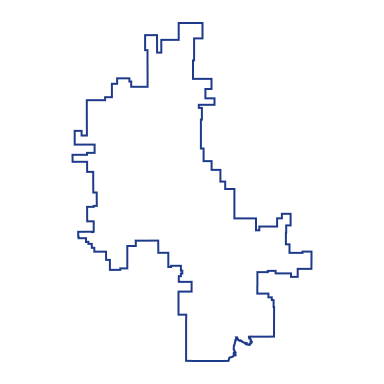 the district of Yalgoo, Western Australia, Australia
{"feature_id": "25037944B40013954886351", "entity_name": "Yalgoo", "entity_type": "district", "adm_level": 2, "iso_a3": "AUS", "parent_name": "Australia", "parent_adm1": "Western Australia", "projection": "natural_earth1", "projection_center": [117.321, -28.488], "detail": "fine", "context": "isolated", "style": "outline", "palette": "blue", "viewbox_px": 384, "rotation_deg": 0, "n_neighbors": 0, "source": "geoboundaries", "source_scale": "gbopen_adm2", "svg_char_len": 5664}
<svg xmlns="http://www.w3.org/2000/svg" viewBox="0 0 384 384"><path d="M202.5,34.7L202.5,23.0L178.7,23.0L178.7,39.9L161.3,39.9L161.3,52.6L157.1,52.6L157.0,35.1L145.1,35.1L145.1,50.1L147.5,50.1L147.5,52.3L147.5,52.7L147.5,56.7L147.6,81.5L147.6,86.8L147.1,86.8L137.3,86.8L131.2,86.8L131.2,81.5L129.4,81.5L129.4,78.3L123.1,78.3L117.1,78.3L117.1,83.8L111.9,83.8L111.9,87.1L111.9,97.2L105.1,97.2L105.1,100.2L86.8,100.2L86.8,111.7L86.9,135.5L81.6,135.5L81.6,130.9L74.7,130.9L74.7,136.5L74.7,144.6L94.6,144.6L94.6,152.9L87.0,152.9L87.0,154.8L72.5,154.8L72.6,161.8L87.1,161.8L87.1,171.9L93.2,171.9L93.2,180.4L93.2,182.4L93.3,192.5L96.7,192.5L96.8,205.9L93.7,205.9L93.7,206.9L87.1,206.9L87.2,221.3L93.7,221.3L93.7,231.7L92.8,231.7L92.8,232.1L92.1,232.1L92.1,231.7L79.7,231.8L78.2,231.8L78.2,236.8L78.6,236.8L78.6,238.2L82.4,238.2L86.0,238.2L86.0,242.0L88.4,241.8L88.4,243.9L91.8,243.9L91.8,245.6L91.8,247.8L94.3,247.8L94.3,249.7L94.3,251.7L105.9,251.7L106.0,251.7L106.1,259.9L109.9,259.9L109.9,269.9L110.1,269.9L111.2,269.9L114.4,269.9L117.6,269.9L120.3,269.9L120.3,268.4L127.3,268.4L127.3,251.6L127.3,246.0L127.7,246.0L135.8,246.0L135.8,241.1L135.7,240.7L141.6,240.7L144.2,240.7L145.8,240.7L152.6,240.6L158.2,240.6L158.3,250.6L158.3,252.8L168.3,252.8L168.3,253.3L168.3,255.4L168.3,255.9L168.3,257.4L168.3,258.0L168.3,258.6L168.3,267.0L171.1,267.0L171.1,265.8L175.5,265.8L177.4,265.8L180.9,265.8L180.9,268.5L180.9,269.0L180.9,270.0L180.9,270.7L182.3,270.7L182.3,273.5L180.9,273.5L180.9,276.2L178.8,276.2L178.8,281.8L185.9,281.9L191.1,281.8L191.6,281.8L191.6,291.6L189.4,291.6L178.5,291.6L178.5,314.7L186.2,314.7L186.2,317.0L186.1,322.2L186.1,322.3L186.1,328.5L186.1,332.4L186.1,346.3L186.1,351.2L186.1,354.0L186.1,357.4L186.1,360.9L188.5,360.9L190.1,360.9L191.2,360.9L193.4,361.0L196.1,361.0L197.1,361.0L197.7,361.0L199.8,361.0L200.9,361.0L202.0,361.0L204.2,361.0L206.9,361.0L207.4,361.0L208.0,361.0L209.1,361.0L209.6,361.0L210.1,361.0L212.3,361.0L213.4,361.0L215.5,361.0L217.7,361.0L218.8,361.0L221.0,361.0L221.9,361.0L228.5,360.9L228.7,360.7L228.7,360.4L228.7,360.2L228.8,359.9L228.9,359.6L228.9,359.4L229.0,359.2L229.0,358.8L229.0,358.5L229.1,358.3L229.3,357.8L229.6,357.5L230.0,357.4L230.4,357.3L230.6,357.4L231.0,357.1L231.6,357.1L231.9,357.0L232.0,356.9L232.4,356.8L232.5,356.7L232.8,356.7L233.0,356.5L233.3,356.3L233.4,355.9L233.8,355.7L233.7,355.3L233.8,355.1L234.1,355.1L234.6,355.2L234.6,355.3L234.8,355.3L235.0,355.3L235.1,355.2L235.6,355.3L235.7,355.1L235.3,354.8L235.2,354.9L235.1,355.0L234.7,355.0L234.2,354.8L234.0,354.5L234.4,354.0L234.4,353.7L234.2,353.4L234.0,353.7L233.9,354.2L233.7,354.0L233.7,353.5L233.8,353.0L233.8,352.7L234.2,352.5L234.3,352.8L234.9,353.1L235.5,353.0L235.7,352.7L235.6,352.3L234.7,351.7L234.3,350.6L234.4,350.3L233.8,349.8L233.7,349.1L233.8,348.8L233.7,348.5L233.7,348.1L233.8,347.4L233.8,347.0L233.9,346.4L234.0,346.0L233.9,345.7L234.2,345.4L234.3,345.2L234.3,344.9L234.3,344.7L234.5,344.4L234.6,344.2L234.9,343.6L234.8,343.3L234.8,342.9L234.9,342.7L234.9,342.4L235.0,342.2L235.2,341.5L235.5,341.1L235.4,340.8L235.5,340.6L235.5,340.4L235.6,340.1L235.4,339.9L235.5,339.7L235.9,339.4L236.0,339.6L236.4,339.8L237.0,339.7L236.9,339.4L237.0,339.2L236.4,338.9L236.0,338.3L236.1,337.7L236.4,337.4L236.8,337.3L237.2,337.3L237.3,337.5L237.3,337.9L237.3,338.0L237.0,337.9L237.2,338.2L237.6,338.6L238.2,339.6L238.7,340.1L239.3,340.7L239.8,340.9L240.0,340.5L240.2,340.3L240.8,340.5L240.7,340.6L241.1,340.9L241.3,341.1L241.5,341.3L242.1,341.5L242.5,341.7L242.6,341.8L242.4,341.9L242.4,342.0L242.6,342.1L243.0,342.0L243.5,342.4L243.6,342.5L244.1,342.7L244.4,342.8L244.6,343.0L245.0,343.0L245.3,342.8L245.5,343.0L246.6,343.1L246.5,343.3L246.7,343.7L246.9,344.0L246.7,344.1L246.4,344.1L246.2,344.3L246.5,344.4L246.8,344.5L247.1,344.5L247.6,344.7L248.1,344.7L248.6,344.8L248.7,344.6L248.5,344.4L249.1,344.2L249.5,344.3L249.4,344.5L249.8,344.8L250.1,344.5L250.5,343.8L250.2,343.7L250.3,343.4L250.6,343.3L250.8,343.2L251.0,343.0L251.2,342.9L251.4,342.9L251.6,342.7L251.8,342.1L251.5,342.1L251.2,341.8L251.0,342.0L250.6,341.8L250.7,341.1L250.6,339.8L250.2,339.1L250.7,339.3L250.6,339.0L250.3,338.5L249.9,338.3L249.7,338.0L249.4,338.4L249.1,338.3L249.1,338.2L249.0,337.9L249.3,337.6L249.3,337.2L249.1,337.1L249.0,336.7L250.6,336.6L252.2,336.6L253.9,336.7L255.5,336.7L257.1,336.7L258.7,336.7L259.8,336.7L261.4,336.7L263.0,336.7L264.7,336.7L266.3,336.7L267.9,336.7L269.0,336.7L270.6,336.6L272.2,336.6L274.0,336.6L274.1,307.0L273.6,307.0L273.6,305.7L273.6,303.9L273.6,302.9L273.6,301.1L273.6,300.1L271.8,300.0L271.8,297.3L268.4,297.3L268.4,293.6L257.3,293.6L257.3,287.4L257.4,284.2L257.4,281.4L257.4,278.6L257.4,272.1L260.0,272.1L262.4,272.1L265.1,272.1L267.8,272.1L267.8,270.9L270.2,270.9L272.6,270.9L272.9,270.9L275.6,270.9L275.6,273.4L279.7,273.4L283.2,273.4L287.5,273.4L291.0,273.4L291.0,276.9L294.2,276.9L297.7,276.9L297.7,268.9L302.1,268.9L306.5,268.9L309.4,268.9L311.4,268.9L311.5,258.7L311.5,251.6L302.5,251.6L302.5,252.9L295.9,252.9L294.5,252.9L289.5,252.9L289.5,249.4L289.5,244.3L285.9,244.3L285.9,232.9L286.2,232.9L286.2,225.4L290.6,225.4L290.6,213.8L281.9,213.8L281.9,218.3L277.1,218.3L277.1,226.5L275.3,226.5L272.5,226.5L269.8,226.5L267.1,226.5L264.8,226.5L259.3,226.5L259.3,230.3L256.0,230.3L256.0,218.4L234.4,218.4L234.4,189.0L225.2,189.0L225.2,181.6L220.4,181.6L220.4,169.9L211.6,169.9L211.6,161.1L207.4,161.1L203.6,161.1L203.6,150.7L203.6,148.5L200.9,148.5L200.9,119.6L201.9,119.6L201.9,107.9L198.8,107.9L198.8,104.8L214.5,104.8L214.5,98.3L205.4,98.3L205.4,89.0L211.5,89.0L211.5,78.9L205.0,78.9L200.8,78.9L193.0,78.9L193.0,68.1L193.0,60.4L194.1,60.4L194.1,38.4L202.5,38.4L202.5,34.7Z" fill="none" stroke="#1e3a8a" stroke-width="2"/></svg>